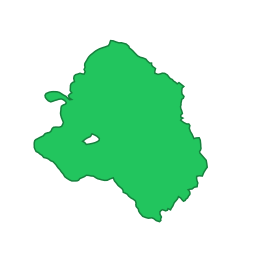 outline of São Pedro, São Paulo, Brazil, rotated 118°
{"feature_id": "56859067B92342364496161", "entity_name": "São Pedro", "entity_type": "district", "adm_level": 2, "iso_a3": "BRA", "parent_name": "Brazil", "parent_adm1": "São Paulo", "projection": "equal_earth", "projection_center": [-47.917, -22.558], "detail": "fine", "context": "isolated", "style": "filled", "palette": "green", "viewbox_px": 256, "rotation_deg": 118, "n_neighbors": 0, "source": "geoboundaries", "source_scale": "gbopen_adm2", "svg_char_len": 3539}
<svg xmlns="http://www.w3.org/2000/svg" viewBox="0 0 256 256"><g transform="rotate(118 128 128)"><path d="M73.8,93.4L72.7,96.2L70.6,97.7L67.4,99.0L65.1,98.2L64.6,101.0L64.0,104.3L65.9,105.3L65.3,107.8L65.2,109.8L64.4,111.6L64.5,113.9L63.8,115.8L62.7,118.1L62.5,121.2L63.5,123.5L65.0,124.8L66.6,126.7L67.0,130.0L65.3,131.0L62.6,131.6L62.2,134.7L61.5,136.5L59.6,137.7L60.5,139.3L59.8,142.2L58.8,144.6L59.1,147.6L59.8,150.5L59.8,153.4L58.5,157.5L57.6,160.0L57.1,162.0L56.7,164.4L55.5,165.6L54.7,169.0L55.8,173.8L57.1,176.0L57.6,178.8L58.0,182.0L59.0,184.4L60.5,184.2L62.3,183.8L64.6,184.0L67.1,186.2L68.8,187.9L70.0,189.0L71.3,190.2L73.5,191.7L75.3,192.8L76.6,193.4L78.1,194.0L79.7,194.7L81.3,195.4L83.6,196.0L85.7,196.2L87.2,196.2L89.3,196.3L91.1,196.4L92.9,195.8L94.5,194.4L96.9,194.3L98.4,192.2L101.1,192.1L101.8,194.1L102.2,196.1L104.0,197.7L105.5,199.3L107.4,199.9L109.7,199.2L112.2,197.0L113.8,198.3L115.7,199.0L117.4,198.8L119.7,197.7L122.1,196.6L123.3,194.2L125.1,195.2L127.4,195.8L128.9,194.1L129.3,191.2L130.5,192.9L129.9,195.5L129.2,197.7L129.2,200.4L129.0,202.7L128.8,205.3L129.3,207.5L130.1,209.3L130.9,210.9L131.8,212.4L133.3,214.3L136.0,216.5L138.1,216.6L139.8,215.3L140.7,213.4L141.4,211.1L141.2,208.5L139.5,206.8L138.1,205.6L136.8,204.2L135.1,202.6L133.6,200.5L133.4,198.3L133.8,195.8L134.7,194.3L136.2,194.4L138.1,196.0L140.0,197.0L141.9,196.5L143.8,195.6L145.2,195.1L146.7,194.5L148.1,193.5L150.0,191.7L152.0,189.3L153.3,187.7L155.1,187.4L157.8,187.4L159.6,189.1L161.1,192.2L162.4,194.1L164.0,194.7L166.8,194.5L168.9,195.3L169.9,196.7L171.8,198.5L174.8,199.2L177.9,201.5L179.9,202.8L181.4,203.9L182.9,204.4L184.6,204.0L186.2,203.3L187.7,202.4L189.2,201.6L190.4,200.2L191.9,198.1L191.8,195.6L192.3,193.6L192.5,191.0L193.6,188.6L192.8,185.6L192.7,183.5L193.2,181.0L192.9,178.3L194.2,174.5L195.3,172.4L196.1,170.7L196.8,168.5L197.9,166.5L199.1,163.5L200.7,160.9L201.1,158.2L201.3,155.1L201.1,152.7L199.7,150.1L198.6,148.2L197.3,147.1L195.3,146.8L193.2,145.1L191.3,143.6L189.3,142.6L188.3,140.3L187.7,138.1L186.7,135.9L187.0,133.0L187.0,130.8L186.5,128.9L186.1,126.9L185.2,124.0L183.9,121.8L181.2,119.8L178.9,117.6L181.0,115.2L182.1,112.5L183.4,109.7L183.9,107.2L184.4,104.7L185.4,103.1L187.0,102.0L186.8,100.0L186.8,97.6L187.8,95.5L188.4,92.4L188.4,90.2L188.8,87.4L190.5,85.6L192.0,85.1L193.5,83.9L194.6,81.0L196.3,79.5L197.4,77.8L199.1,73.5L198.7,70.2L198.1,67.7L196.1,64.8L195.9,62.8L196.5,59.6L195.9,56.2L194.2,55.6L193.0,56.5L190.9,56.7L189.1,59.3L187.0,60.5L185.4,60.1L183.9,59.2L183.5,55.9L182.1,54.6L180.4,54.8L180.3,52.0L178.7,52.1L176.1,51.8L172.2,52.1L169.2,51.4L167.2,51.0L164.9,51.2L165.1,48.6L166.1,46.4L166.6,44.6L165.1,43.5L163.7,43.5L161.8,42.6L159.3,42.6L157.8,42.2L156.4,42.7L154.9,44.1L154.3,45.9L153.1,44.8L151.8,42.8L149.2,41.7L147.4,39.4L145.3,40.2L143.8,40.5L142.2,42.3L140.3,43.8L138.4,44.6L136.8,42.8L135.5,39.8L133.1,40.1L131.3,40.2L128.1,40.0L125.5,39.6L122.5,41.7L119.8,43.8L116.3,52.9L115.1,53.8L113.5,53.6L111.7,54.0L110.3,55.0L108.2,56.2L106.3,57.5L104.9,58.4L103.2,60.6L104.9,63.3L106.4,64.8L104.8,66.8L103.4,68.6L101.8,71.3L99.4,73.8L96.8,74.5L95.9,76.2L96.9,78.1L97.0,81.2L96.4,85.2L94.9,85.1L93.5,84.2L93.5,86.6L92.0,87.4L89.6,86.8L87.7,88.6L86.0,90.6L84.4,91.7L82.6,92.1L81.2,92.9L79.0,93.5L77.5,94.0L75.7,93.1L73.8,93.4ZM155.9,159.3L153.2,157.2L150.0,157.0L149.8,154.2L149.8,151.7L150.7,148.4L152.4,147.7L154.0,148.4L155.4,149.4L156.7,150.5L158.3,152.2L160.2,154.5L162.1,157.1L161.1,159.6L161.1,161.8L158.0,160.5L155.9,159.3Z" fill="#22c55e" stroke="#15803d" stroke-width="1.5"/></g></svg>